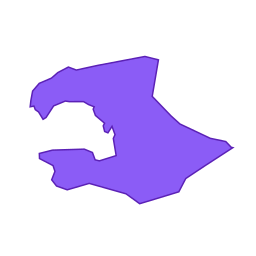 Loga, Dosso, Niger (Equal Earth projection), rotated 72°
{"feature_id": "23599985B16490635358595", "entity_name": "Loga", "entity_type": "district", "adm_level": 2, "iso_a3": "NER", "parent_name": "Niger", "parent_adm1": "Dosso", "projection": "equal_earth", "projection_center": [3.398, 13.629], "detail": "fine", "context": "isolated", "style": "filled", "palette": "violet", "viewbox_px": 256, "rotation_deg": 72, "n_neighbors": 0, "source": "geoboundaries", "source_scale": "gbopen_adm2", "svg_char_len": 841}
<svg xmlns="http://www.w3.org/2000/svg" viewBox="0 0 256 256"><g transform="rotate(72 128 128)"><path d="M51.6,165.9L53.6,177.6L56.9,185.4L58.1,198.6L63.4,207.3L71.9,211.9L77.6,214.5L78.1,210.7L81.9,210.5L85.1,208.1L93.5,206.1L92.7,202.7L84.0,191.9L83.0,179.3L84.8,175.7L89.2,162.1L93.5,158.3L97.4,153.6L99.3,155.3L106.0,155.1L116.2,148.8L118.3,150.9L124.1,151.3L126.4,148.6L121.5,142.7L130.3,142.4L133.4,145.2L150.6,147.8L150.4,165.4L148.1,169.1L140.3,169.4L134.6,176.1L125.7,206.7L124.8,220.2L129.7,221.6L140.6,210.9L146.7,210.9L153.7,216.6L161.1,213.9L168.0,204.9L168.7,182.0L190.0,150.2L203.6,140.3L204.4,99.4L193.9,88.7L187.9,67.3L179.1,34.4L178.2,35.8L171.1,39.2L163.2,53.0L156.2,60.4L140.2,77.4L129.7,83.4L105.4,95.2L72.6,78.0L65.2,89.8L59.1,137.4L56.9,159.3L51.6,165.9Z" fill="#8b5cf6" stroke="#5b21b6" stroke-width="1.5"/></g></svg>